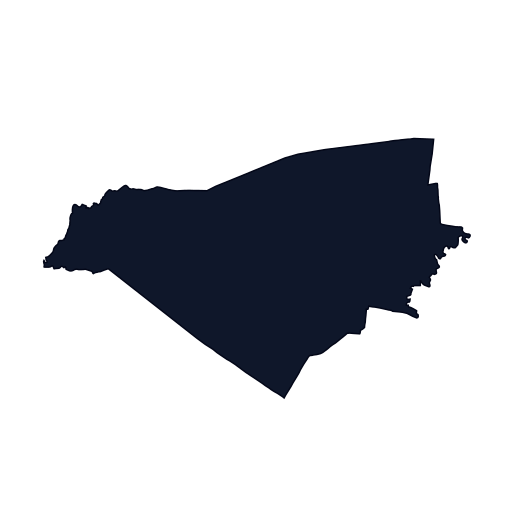 outline of Sangkae, Batdâmbâng, Cambodia, rotated 187°
{"feature_id": "14789045B70272828773622", "entity_name": "Sangkae", "entity_type": "district", "adm_level": 2, "iso_a3": "KHM", "parent_name": "Cambodia", "parent_adm1": "Batdâmbâng", "projection": "orthographic", "projection_center": [103.435, 13.068], "detail": "fine", "context": "isolated", "style": "filled", "palette": "ink", "viewbox_px": 512, "rotation_deg": 187, "n_neighbors": 0, "source": "geoboundaries", "source_scale": "gbopen_adm2", "svg_char_len": 5993}
<svg xmlns="http://www.w3.org/2000/svg" viewBox="0 0 512 512"><g transform="rotate(187 256 256)"><path d="M93.9,393.5L113.1,391.9L113.5,391.9L117.3,390.8L119.3,390.5L126.4,388.9L128.8,388.2L132.4,387.5L136.6,386.4L138.1,385.8L200.6,370.0L226.6,362.2L239.1,356.9L284.8,331.2L304.4,320.3L312.6,314.8L321.5,313.9L325.5,313.4L330.0,313.0L335.6,312.2L342.2,311.0L344.1,310.9L347.7,311.0L349.3,311.2L350.9,311.2L353.6,311.7L355.0,311.8L359.1,312.4L362.6,312.5L363.6,312.0L366.3,310.3L367.4,310.1L371.9,308.0L373.6,307.6L374.2,307.3L374.6,307.3L375.7,307.3L377.6,307.9L379.1,307.9L381.4,307.7L382.0,307.4L382.9,307.4L384.6,307.5L385.2,307.7L386.3,307.7L387.2,307.3L387.9,307.1L388.8,307.3L390.3,307.6L391.9,309.2L393.0,309.9L393.5,310.1L394.1,310.1L395.0,309.7L395.5,309.4L397.7,307.3L399.0,305.9L399.6,305.4L400.7,304.1L401.6,303.5L402.5,303.3L403.5,303.5L404.6,303.5L406.1,302.8L406.5,302.8L407.5,303.4L408.8,303.8L409.3,303.9L409.8,303.7L411.5,301.7L412.7,300.0L413.1,299.3L413.4,298.4L413.3,297.8L413.8,296.8L414.3,296.3L414.8,296.0L415.2,295.5L415.3,294.3L415.6,293.7L415.9,293.4L416.3,293.2L416.5,292.2L416.7,291.2L416.7,290.0L416.8,289.6L418.7,287.3L419.4,287.5L420.5,288.6L421.0,288.7L422.1,288.6L422.7,288.8L423.3,288.8L423.8,288.2L423.4,287.5L423.5,287.0L423.8,286.3L424.3,285.6L424.8,285.4L425.3,284.9L425.4,284.2L425.8,283.5L427.0,283.3L427.8,282.7L428.4,282.9L428.5,283.5L429.2,283.6L429.8,283.1L430.5,282.8L430.8,283.3L430.6,284.0L430.6,284.9L431.0,285.1L433.4,285.6L434.3,286.0L434.8,286.0L435.9,283.8L436.4,283.3L437.0,283.2L437.8,283.2L438.8,283.5L440.0,284.4L440.7,284.8L441.6,285.0L442.1,285.0L442.7,284.8L443.1,284.4L443.6,283.4L443.9,282.1L443.9,279.6L443.6,277.4L443.3,276.6L443.3,276.0L444.2,275.5L444.8,274.0L445.1,272.1L445.2,271.2L445.1,269.8L444.8,269.0L444.7,265.3L444.5,264.5L444.9,262.9L445.0,261.4L445.6,259.7L445.9,259.2L446.0,258.6L445.9,258.0L446.1,256.8L446.5,255.5L446.5,255.0L446.6,254.6L447.1,253.6L447.4,252.4L447.4,251.6L447.6,250.8L448.6,249.5L448.4,248.8L449.0,248.4L450.4,247.8L451.1,247.6L452.5,247.5L453.0,247.3L453.5,246.7L453.8,246.0L454.0,244.1L454.4,243.3L456.0,241.6L457.3,239.5L457.6,238.4L457.8,236.1L458.0,235.4L458.5,234.5L460.6,231.6L462.0,230.2L462.9,229.5L463.9,229.3L464.5,229.0L464.2,228.2L464.0,227.1L463.6,226.2L462.7,225.4L462.7,224.4L463.3,224.0L464.8,224.0L465.3,224.2L465.5,224.8L465.5,225.3L465.9,225.7L466.1,225.0L466.1,224.5L465.7,223.2L464.9,221.1L465.1,220.2L465.0,219.3L464.4,219.2L460.3,219.7L459.0,220.1L458.3,220.5L457.8,221.0L457.1,221.3L456.6,221.2L455.9,220.7L455.4,219.5L454.8,218.7L453.1,219.2L451.0,219.6L449.9,219.9L449.0,220.7L448.3,221.8L448.0,222.0L447.3,222.1L446.1,221.7L445.7,221.3L445.2,221.0L444.7,221.6L443.9,222.0L443.3,221.2L443.0,219.9L442.7,219.6L439.7,218.7L438.7,218.5L437.5,218.7L436.6,219.0L435.5,219.6L434.5,220.4L433.5,220.8L432.3,221.1L430.2,220.9L426.0,221.5L423.7,222.1L417.1,220.8L416.5,220.2L416.0,219.6L415.8,219.0L415.3,218.7L414.0,219.7L412.6,220.3L412.0,220.4L410.5,221.1L408.6,221.5L405.0,223.5L401.1,225.4L304.3,167.0L295.6,162.1L287.6,158.3L282.8,155.3L279.9,153.8L276.0,151.8L272.3,149.9L269.5,148.8L263.2,145.7L261.0,144.4L251.8,139.2L237.4,132.0L234.3,130.4L230.8,128.4L227.0,126.6L224.6,125.2L221.2,123.6L217.9,122.3L212.3,119.5L210.8,118.5L209.6,121.6L205.4,130.7L204.0,134.3L200.7,141.6L199.1,145.3L198.0,148.6L195.4,154.6L192.6,160.2L192.1,161.5L191.2,163.0L190.5,163.7L188.0,164.3L186.8,164.8L183.7,165.6L180.3,166.9L178.1,168.3L173.6,172.6L171.5,175.0L169.2,177.2L166.5,179.4L161.8,184.3L159.8,186.3L157.2,189.1L156.2,190.3L153.8,190.9L150.5,191.0L143.6,191.4L143.3,192.2L143.2,195.0L141.3,196.4L140.2,197.6L139.6,198.3L139.7,200.9L139.5,203.8L139.7,207.3L139.7,210.4L139.9,215.1L140.1,216.6L138.5,216.8L138.2,218.0L137.9,220.1L136.5,219.8L133.9,219.7L131.7,219.8L126.5,219.5L119.3,218.8L118.0,218.6L116.4,218.6L114.9,218.4L113.6,217.8L107.0,218.0L105.2,218.0L103.7,218.0L100.2,217.6L99.2,217.5L95.6,216.2L93.3,215.3L88.9,214.1L87.9,214.7L87.6,215.7L87.8,216.8L87.9,217.3L88.3,217.7L89.9,218.5L89.9,221.2L90.9,221.7L93.5,222.8L96.0,223.7L98.5,224.2L98.7,224.9L98.9,225.7L100.7,225.5L100.9,227.0L100.6,227.9L99.6,228.7L98.2,229.0L97.8,230.0L97.8,232.0L99.9,231.4L100.7,231.4L101.1,232.3L101.5,233.9L101.3,234.4L99.4,235.3L97.9,236.1L97.6,236.8L97.7,237.9L96.7,242.1L98.9,242.9L97.7,245.1L96.1,245.1L95.5,245.9L89.3,246.7L89.9,251.3L89.3,251.3L88.8,250.3L87.1,248.7L86.1,248.0L85.1,247.6L80.7,246.5L80.1,246.7L79.7,247.4L79.9,248.5L80.6,250.0L80.7,251.2L80.3,252.1L79.9,253.3L80.1,254.2L81.4,255.9L81.1,256.8L80.2,257.7L79.0,259.6L78.2,259.8L76.6,259.5L75.7,260.0L74.9,260.6L74.8,261.3L75.4,263.4L75.6,264.4L75.4,265.3L74.1,266.0L73.0,266.9L72.7,267.5L72.9,268.3L74.5,269.8L75.0,270.6L76.3,274.3L76.8,274.6L77.5,274.9L78.1,275.9L79.0,277.8L79.0,278.9L78.2,279.5L77.3,279.4L75.8,278.1L75.0,277.1L74.5,276.2L73.4,275.6L72.6,275.8L72.0,277.3L71.1,278.2L68.8,279.0L68.2,279.6L68.0,280.5L68.8,281.1L70.0,281.3L70.5,281.7L70.9,282.5L71.1,283.2L70.9,283.9L70.8,285.7L70.3,287.3L69.7,288.1L69.1,288.6L68.1,289.2L67.3,289.0L66.7,288.5L66.3,287.9L66.3,287.5L65.4,286.7L64.9,287.1L64.6,288.4L64.3,288.8L63.5,289.2L61.6,288.4L60.5,288.3L59.3,288.5L58.6,289.4L57.1,291.7L57.0,292.8L57.1,295.5L57.3,297.3L57.5,298.2L57.6,299.0L57.0,299.9L56.4,300.4L55.5,300.9L54.7,301.2L53.5,301.0L53.2,300.3L53.1,299.5L53.6,297.9L53.4,297.2L52.9,296.4L51.5,295.3L50.6,294.8L49.5,294.6L48.6,295.0L48.2,295.8L48.1,296.6L48.6,297.0L50.1,297.6L50.5,298.2L50.8,299.0L50.4,299.7L49.4,300.4L47.3,299.9L46.6,300.4L45.9,302.0L46.1,303.0L46.8,303.5L47.6,303.7L48.9,303.6L51.0,303.8L52.0,304.2L52.9,304.7L54.1,306.1L54.4,306.6L54.4,308.9L55.3,309.6L55.9,309.8L57.4,309.7L58.6,309.5L60.0,309.5L61.2,309.3L65.1,309.5L70.0,309.6L75.1,310.0L76.2,310.3L77.0,310.9L77.3,312.0L79.2,323.3L80.3,328.8L81.1,331.1L82.1,335.3L82.2,336.7L82.6,337.9L83.5,343.7L84.2,346.2L84.5,348.6L84.9,350.0L86.2,350.0L94.0,347.5L94.1,348.3L93.9,362.5L94.1,366.0L93.6,378.8L93.9,393.5Z" fill="#0f172a" stroke="#020617" stroke-width="1.5"/></g></svg>